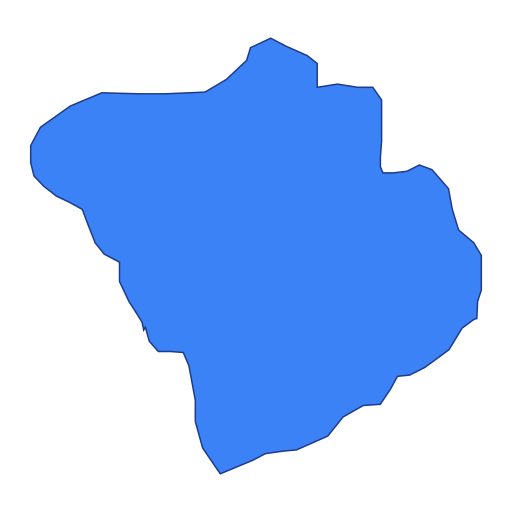 an SVG outline of Demir Hisar
{"feature_id": "MKD-2897", "entity_name": "Demir Hisar", "entity_type": "Statistical Region", "adm_level": 1, "iso_a3": "MKD", "parent_name": "North Macedonia", "parent_adm1": "", "projection": "natural_earth1", "projection_center": [21.134, 41.256], "detail": "fine", "context": "isolated", "style": "filled", "palette": "blue", "viewbox_px": 512, "rotation_deg": 0, "n_neighbors": 0, "source": "natural_earth", "source_scale": "10m", "svg_char_len": 1110}
<svg xmlns="http://www.w3.org/2000/svg" viewBox="0 0 512 512"><path d="M270.7,38.2L276.3,41.1L285.8,46.1L307.2,55.6L317.2,63.5L317.2,76.2L317.2,87.3L337.4,84.1L357.6,87.3L372.8,87.3L381.6,100.0L381.6,119.0L381.6,141.2L380.4,157.1L380.4,166.6L382.9,172.9L392.9,172.9L406.8,171.3L419.4,165.0L432.0,169.7L448.5,188.7L452.3,209.4L458.6,230.0L473.7,242.7L481.3,255.4L481.3,269.6L481.3,290.2L477.6,301.4L476.8,318.6L474.2,319.2L462.1,328.1L449.0,349.7L424.7,367.5L409.6,375.1L397.5,376.3L390.5,389.1L380.3,404.3L363.2,405.5L343.0,417.0L327.8,436.0L313.7,442.3L296.5,449.9L282.3,451.2L265.2,453.7L253.1,460.1L234.9,467.7L220.3,473.8L216.4,468.2L202.6,447.9L195.3,421.5L195.3,400.2L188.9,365.7L183.3,352.5L170.3,351.5L158.3,351.5L149.3,341.3L145.3,327.1L143.7,330.0L142.0,322.0L133.3,308.2L129.1,301.8L119.5,281.5L119.5,262.2L104.2,254.1L95.2,242.9L88.0,224.6L82.3,209.4L69.4,202.3L56.5,196.2L43.6,186.1L34.0,176.0L30.7,162.8L30.7,145.5L32.4,142.4L40.5,127.2L70.3,106.0L101.8,92.8L139.0,93.8L165.6,93.8L205.0,92.1L226.4,79.4L246.6,60.4L250.5,47.7L270.7,38.2Z" fill="#3b82f6" stroke="#1e3a8a" stroke-width="1.5"/></svg>